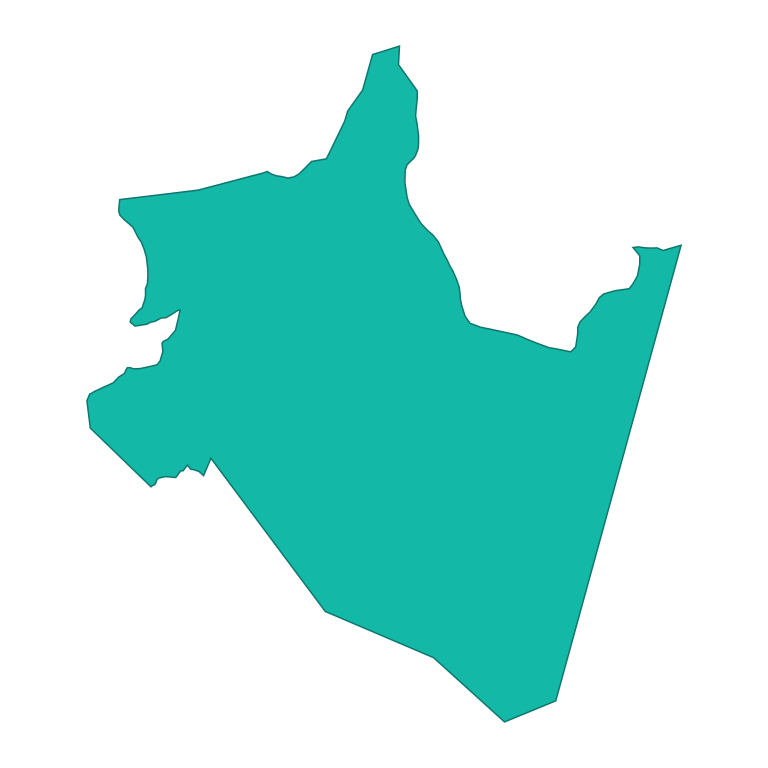 Santa Cruz de Bravo, Oaxaca, Mexico (Mercator projection)
{"feature_id": "50627088B21531122544022", "entity_name": "Santa Cruz de Bravo", "entity_type": "district", "adm_level": 2, "iso_a3": "MEX", "parent_name": "Mexico", "parent_adm1": "Oaxaca", "projection": "mercator", "projection_center": [-98.221, 17.572], "detail": "fine", "context": "isolated", "style": "filled", "palette": "teal", "viewbox_px": 768, "rotation_deg": 0, "n_neighbors": 0, "source": "geoboundaries", "source_scale": "gbopen_adm2", "svg_char_len": 2090}
<svg xmlns="http://www.w3.org/2000/svg" viewBox="0 0 768 768"><path d="M681.1,245.3L678.4,246.0L663.1,250.5L657.1,247.9L651.7,248.1L645.7,247.9L638.2,246.9L633.0,247.5L639.8,255.8L639.7,264.4L637.5,275.8L633.0,283.7L629.2,288.7L615.1,290.7L603.8,293.9L599.3,297.7L595.9,304.0L590.2,311.8L584.9,316.8L580.0,322.0L577.8,327.2L577.6,334.6L575.7,346.9L570.9,351.8L566.1,350.9L557.4,349.1L548.7,347.6L536.9,343.2L526.9,339.2L517.6,335.1L498.4,330.9L480.2,327.1L470.1,323.3L465.1,316.3L461.7,305.5L460.3,298.6L460.1,293.7L459.2,287.1L456.6,279.4L452.6,270.5L450.3,266.7L447.5,260.7L443.9,254.0L438.4,241.9L433.0,235.1L427.3,230.2L420.8,223.2L414.1,212.5L409.2,204.2L407.1,197.3L405.7,187.8L404.9,182.7L405.2,170.3L407.0,164.9L411.8,160.1L413.9,158.1L415.6,155.3L417.9,149.6L418.5,145.1L418.6,135.8L417.7,128.9L417.0,123.4L415.6,116.0L416.1,109.5L417.3,98.4L417.2,90.8L398.5,64.6L399.5,46.1L372.6,54.5L362.6,90.1L347.7,111.0L344.7,121.2L329.7,152.1L326.4,158.8L311.5,161.5L304.6,168.5L299.0,173.9L294.2,176.8L287.9,178.1L281.9,176.6L276.3,175.8L271.5,174.1L267.2,171.5L263.8,172.8L198.1,190.1L119.7,199.6L118.9,208.3L118.7,211.3L120.0,215.3L124.4,219.9L128.5,223.3L132.9,227.2L137.9,237.0L141.4,242.3L144.2,249.4L146.4,257.0L147.8,269.4L147.9,275.9L147.4,284.0L145.5,288.5L145.5,295.4L144.8,299.7L142.1,307.8L139.1,310.0L134.4,315.3L130.9,319.0L130.1,322.0L132.9,324.3L135.0,326.1L146.9,324.2L150.6,322.2L155.1,321.3L158.5,319.4L161.3,318.0L166.0,317.7L171.4,314.5L178.0,310.3L180.0,310.2L179.0,315.3L175.5,330.3L167.9,339.2L163.1,341.5L162.0,343.6L162.9,351.4L160.0,361.1L157.0,364.8L150.0,366.5L140.5,368.5L133.8,368.9L129.9,367.6L127.5,367.6L126.1,369.6L124.5,373.4L118.8,377.0L113.1,382.9L104.2,386.9L96.0,390.7L89.7,394.1L86.9,400.7L90.3,428.1L151.0,486.8L151.6,486.1L153.9,485.1L155.4,483.8L156.9,479.8L158.4,478.2L165.5,476.6L175.8,477.5L180.6,471.0L183.2,470.7L187.4,465.1L190.7,469.2L194.3,469.8L199.0,471.5L203.6,475.6L210.8,458.5L210.3,457.4L325.3,611.5L433.6,657.7L504.5,721.9L555.8,700.8L558.1,692.3L628.3,437.2L681.1,245.3Z" fill="#14b8a6" stroke="#0f766e" stroke-width="1.5"/></svg>